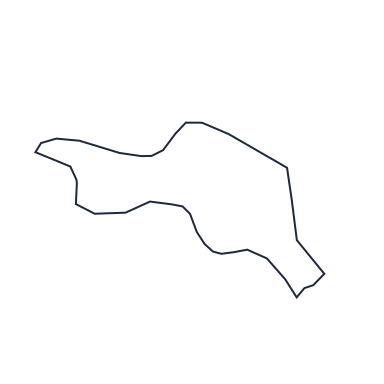 Hauts-Plateaux, Ouest, Cameroon (Robinson projection), rotated 120°
{"feature_id": "32672807B20400591725657", "entity_name": "Hauts-Plateaux", "entity_type": "district", "adm_level": 2, "iso_a3": "CMR", "parent_name": "Cameroon", "parent_adm1": "Ouest", "projection": "robinson", "projection_center": [10.369, 5.306], "detail": "fine", "context": "isolated", "style": "outline", "palette": "slate", "viewbox_px": 384, "rotation_deg": 120, "n_neighbors": 0, "source": "geoboundaries", "source_scale": "gbopen_adm2", "svg_char_len": 651}
<svg xmlns="http://www.w3.org/2000/svg" viewBox="0 0 384 384"><g transform="rotate(120 192 192)"><path d="M235.8,347.5L234.1,334.9L230.8,310.1L239.1,298.3L241.8,296.2L260.5,286.5L259.5,265.4L243.1,239.2L221.3,223.6L212.8,203.3L209.2,192.9L211.9,182.8L224.2,167.9L230.8,154.9L233.1,143.9L230.8,135.6L223.3,125.8L214.3,115.3L212.1,93.9L221.0,67.6L230.9,48.7L219.0,46.6L212.1,40.4L196.7,36.5L181.3,77.1L148.5,102.0L137.8,110.5L123.5,121.8L123.5,188.9L127.0,218.0L135.0,232.0L149.6,235.5L170.3,238.0L180.9,245.0L186.2,253.7L188.6,259.7L194.4,274.2L203.9,315.2L213.6,336.2L225.1,347.2L235.8,347.5Z" fill="none" stroke="#1e293b" stroke-width="2"/></g></svg>